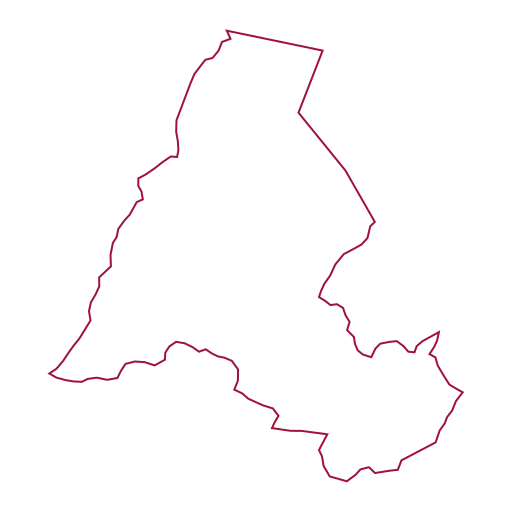 Nova Ibiá, Bahia, Brazil (Mercator projection)
{"feature_id": "56859067B97752874047652", "entity_name": "Nova Ibiá", "entity_type": "district", "adm_level": 2, "iso_a3": "BRA", "parent_name": "Brazil", "parent_adm1": "Bahia", "projection": "mercator", "projection_center": [-39.584, -13.819], "detail": "fine", "context": "isolated", "style": "outline", "palette": "rose", "viewbox_px": 512, "rotation_deg": 0, "n_neighbors": 0, "source": "geoboundaries", "source_scale": "gbopen_adm2", "svg_char_len": 1897}
<svg xmlns="http://www.w3.org/2000/svg" viewBox="0 0 512 512"><path d="M322.6,50.6L290.4,43.9L226.8,30.7L230.5,38.8L222.0,41.9L218.6,50.6L212.5,58.0L205.3,59.8L194.5,73.8L190.4,83.5L176.5,120.3L176.2,131.9L177.8,140.9L178.4,150.0L177.1,157.0L170.8,156.5L162.8,161.9L154.7,168.3L145.5,174.6L138.3,178.4L138.3,186.0L141.5,191.6L142.8,199.4L136.7,202.1L132.9,209.0L129.8,214.6L124.5,220.4L118.3,228.9L116.6,237.2L112.9,242.9L110.5,255.1L110.9,266.4L105.3,271.6L99.2,277.4L99.2,286.6L95.5,294.6L90.9,302.4L89.0,311.1L90.5,320.5L84.4,330.4L79.2,338.8L73.8,345.4L69.0,352.1L63.2,360.8L56.4,368.8L49.3,373.5L56.4,377.6L66.0,380.2L74.2,381.5L81.9,381.8L87.7,378.9L96.8,377.7L107.2,379.8L117.4,378.0L121.1,370.6L125.5,363.9L135.0,361.5L144.8,362.2L154.7,365.4L164.9,359.7L165.3,352.7L169.3,346.5L176.1,341.8L184.7,343.3L192.5,347.1L199.0,351.7L205.7,349.3L211.8,353.4L217.7,356.3L224.4,357.7L231.8,360.8L238.1,369.5L237.9,380.7L234.3,389.6L242.2,393.4L248.3,398.7L255.7,402.1L262.8,405.3L272.8,408.4L278.5,415.8L274.7,422.2L272.0,428.1L290.4,430.8L301.5,430.9L327.3,434.3L322.6,443.2L319.0,450.0L322.0,456.4L323.6,465.9L329.7,476.4L346.8,481.3L355.7,474.7L360.4,469.4L368.9,467.2L375.0,473.0L382.2,471.9L388.9,470.8L397.8,469.8L401.5,460.3L435.6,442.4L439.7,430.5L444.7,423.4L447.1,417.1L452.1,410.6L455.9,401.2L462.7,392.3L456.6,388.9L449.5,384.7L444.3,376.6L437.8,365.7L435.4,357.4L429.5,354.1L434.2,346.9L437.1,340.6L438.9,332.1L422.6,341.1L416.7,346.1L414.5,352.3L408.3,351.7L403.5,346.1L396.7,341.1L388.7,342.0L380.2,343.7L375.4,348.6L371.3,357.2L362.8,354.5L357.7,350.3L354.9,343.6L354.0,337.1L347.1,330.1L349.6,321.9L345.7,315.6L343.0,307.9L336.9,304.2L330.5,305.1L325.3,301.0L319.0,297.1L321.0,291.1L324.4,283.7L330.1,275.7L335.3,264.5L343.8,254.1L352.5,249.5L361.4,244.6L367.5,238.0L370.2,226.4L374.8,221.9L345.5,170.6L298.5,112.7L322.6,50.6Z" fill="none" stroke="#9f1239" stroke-width="2"/></svg>